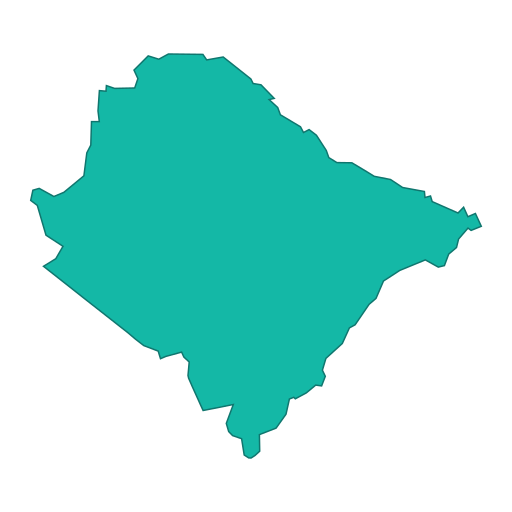 outline of Berkeley, South Carolina, United States of America
{"feature_id": "52423323B42356104193293", "entity_name": "Berkeley", "entity_type": "district", "adm_level": 2, "iso_a3": "USA", "parent_name": "United States of America", "parent_adm1": "South Carolina", "projection": "mercator", "projection_center": [-79.914, 33.162], "detail": "fine", "context": "isolated", "style": "filled", "palette": "teal", "viewbox_px": 512, "rotation_deg": 0, "n_neighbors": 0, "source": "geoboundaries", "source_scale": "gbopen_adm2", "svg_char_len": 1499}
<svg xmlns="http://www.w3.org/2000/svg" viewBox="0 0 512 512"><path d="M481.3,226.3L475.4,213.5L467.9,216.7L463.6,207.2L458.0,213.0L432.2,201.6L430.5,196.0L425.0,197.5L424.4,191.5L402.6,187.5L390.5,179.5L374.2,176.3L367.9,172.4L351.9,162.8L336.9,162.6L328.8,157.6L326.3,150.5L316.4,135.2L309.1,129.6L303.5,132.5L300.5,126.8L280.4,114.8L277.7,107.5L269.1,99.6L274.2,98.4L261.0,84.8L253.1,83.5L250.9,79.0L223.2,57.0L206.7,59.9L202.9,54.4L168.4,54.0L158.8,59.2L148.2,55.9L134.0,70.1L137.9,78.6L134.7,88.0L114.6,88.4L106.4,85.6L106.0,91.2L99.4,90.6L98.0,110.9L99.3,121.6L91.5,121.6L90.8,145.1L86.8,152.9L83.9,175.8L63.9,192.3L53.9,196.5L39.2,188.4L32.9,190.2L30.7,200.4L37.3,205.4L46.0,235.2L63.0,246.3L55.8,258.7L43.5,266.3L66.1,284.1L85.1,299.1L118.7,325.5L128.0,332.8L135.4,339.1L143.8,345.6L158.2,351.1L160.5,358.7L165.9,356.4L181.6,352.1L183.9,357.1L189.2,362.0L188.0,375.5L188.6,378.2L190.9,383.4L192.2,386.4L197.4,397.9L197.5,398.1L200.4,404.6L203.1,410.5L211.7,408.8L215.9,408.0L233.3,404.5L226.3,423.4L228.7,431.6L232.6,435.6L241.6,438.7L244.2,455.0L248.7,457.9L251.1,458.0L255.1,455.4L259.7,451.2L259.4,434.6L276.1,428.1L286.0,414.2L289.4,399.0L293.8,397.3L295.3,398.8L306.3,392.9L315.7,385.1L321.6,385.9L325.3,376.3L322.4,370.2L325.9,358.4L342.3,343.5L349.4,327.9L355.1,324.8L369.1,304.3L376.0,298.4L383.5,281.0L399.8,270.4L425.3,259.9L438.3,267.1L444.4,265.6L448.7,254.1L456.5,247.5L458.6,239.0L468.0,228.1L471.1,230.4L481.3,226.3Z" fill="#14b8a6" stroke="#0f766e" stroke-width="1.5"/></svg>